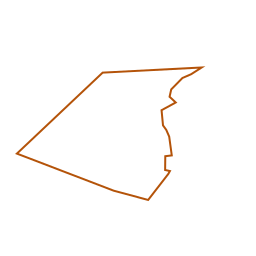 outline of Awerial, Lakes, South Sudan, rotated 133°
{"feature_id": "79223893B81946287385268", "entity_name": "Awerial", "entity_type": "district", "adm_level": 2, "iso_a3": "SSD", "parent_name": "South Sudan", "parent_adm1": "Lakes", "projection": "natural_earth1", "projection_center": [31.08, 6.188], "detail": "fine", "context": "isolated", "style": "outline", "palette": "amber", "viewbox_px": 256, "rotation_deg": 133, "n_neighbors": 0, "source": "geoboundaries", "source_scale": "gbopen_adm2", "svg_char_len": 390}
<svg xmlns="http://www.w3.org/2000/svg" viewBox="0 0 256 256"><g transform="rotate(133 128 128)"><path d="M222.5,191.8L183.6,95.7L166.9,64.2L134.1,67.2L130.9,68.0L133.4,72.2L123.2,81.5L118.2,77.3L106.2,92.0L103.3,98.7L102.2,104.2L92.1,115.6L76.8,110.5L76.8,118.9L70.3,122.7L54.3,122.3L45.6,118.5L33.5,115.4L104.8,184.3L222.5,191.8Z" fill="none" stroke="#b45309" stroke-width="2"/></g></svg>